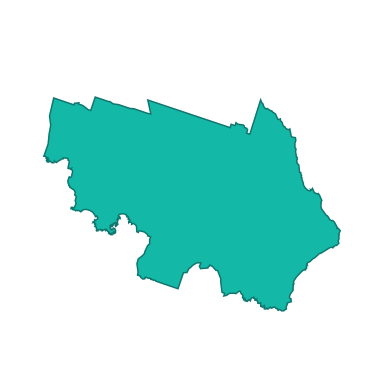 outline of Colac Otway, Victoria, Australia, rotated 280°
{"feature_id": "25037944B58594911461534", "entity_name": "Colac Otway", "entity_type": "district", "adm_level": 2, "iso_a3": "AUS", "parent_name": "Australia", "parent_adm1": "Victoria", "projection": "natural_earth1", "projection_center": [143.55, -38.439], "detail": "fine", "context": "isolated", "style": "filled", "palette": "teal", "viewbox_px": 384, "rotation_deg": 280, "n_neighbors": 0, "source": "geoboundaries", "source_scale": "gbopen_adm2", "svg_char_len": 5962}
<svg xmlns="http://www.w3.org/2000/svg" viewBox="0 0 384 384"><g transform="rotate(280 192 192)"><path d="M201.5,39.9L201.8,41.5L201.1,42.2L200.7,43.8L200.1,42.5L199.6,42.5L199.2,43.1L199.5,44.5L198.7,45.4L198.1,44.8L198.2,43.5L197.8,43.2L196.5,44.2L196.6,45.7L197.6,46.6L197.4,47.9L196.7,48.4L196.5,49.7L196.9,51.0L198.8,51.1L197.9,52.3L197.6,53.6L199.3,54.9L201.0,57.2L201.7,57.4L202.4,59.5L203.3,59.5L203.6,63.2L203.3,64.0L201.8,64.4L201.6,65.2L200.1,65.9L193.9,65.7L193.6,66.3L194.2,67.6L193.9,68.2L194.3,69.0L193.3,68.5L193.0,70.0L191.5,70.9L186.1,70.6L185.2,69.7L185.6,68.5L185.1,68.3L181.3,67.8L179.1,68.5L178.2,69.3L177.1,69.4L176.3,70.8L175.5,70.8L173.3,75.7L171.0,77.2L168.7,77.0L167.7,78.6L166.8,78.9L163.4,78.4L160.6,79.8L156.8,79.0L155.9,78.1L156.2,76.6L155.9,75.7L154.5,75.7L154.5,77.0L153.9,77.9L154.5,78.0L154.5,78.8L153.3,80.7L153.8,81.4L154.0,84.4L153.2,85.9L153.9,86.1L154.1,86.9L155.2,87.5L156.1,89.1L156.5,91.2L156.1,94.7L154.9,97.7L151.9,100.8L150.9,101.1L151.2,102.2L151.8,101.7L151.8,102.3L150.3,103.7L149.0,103.7L147.6,102.0L147.7,101.0L146.7,101.4L145.4,99.8L145.1,100.3L144.7,100.0L145.0,101.3L143.8,101.6L144.2,102.0L143.8,102.6L142.2,102.8L141.8,102.0L141.8,102.4L141.2,102.3L140.8,103.7L139.6,104.1L139.4,104.6L137.4,104.5L137.1,104.9L137.5,106.2L138.5,106.3L138.8,108.0L139.4,108.3L139.2,109.3L138.4,109.4L138.6,110.0L138.2,110.3L139.0,110.8L139.1,111.7L139.9,112.5L139.6,113.1L140.4,113.7L140.1,114.3L139.6,114.3L139.9,114.5L139.7,115.1L138.5,115.9L138.3,117.3L137.6,117.6L137.1,117.0L136.6,117.3L136.5,117.7L136.9,117.3L137.3,117.8L137.1,119.1L136.4,118.8L135.9,119.3L136.0,120.0L136.4,119.4L137.2,120.2L136.9,120.5L137.1,122.0L138.2,122.0L138.5,121.5L139.3,121.9L138.8,122.5L139.2,122.5L139.2,123.3L138.3,123.4L138.5,123.7L140.6,123.5L142.4,122.4L142.7,120.9L141.0,120.0L140.6,119.0L141.0,118.5L141.6,118.7L142.2,117.6L145.0,117.3L145.3,117.8L145.0,118.5L144.5,118.2L143.9,118.7L144.1,119.6L146.0,119.0L145.9,119.8L146.6,119.8L146.0,120.7L147.9,120.7L148.5,121.6L147.9,121.7L148.5,122.8L148.2,123.2L147.6,122.4L145.0,122.8L145.9,123.8L146.5,123.6L147.3,124.6L149.3,123.7L150.8,123.8L151.7,123.1L151.9,123.9L152.7,123.4L153.5,123.7L153.1,124.8L153.5,125.1L153.4,125.9L154.3,125.6L154.4,124.9L155.2,124.9L155.4,123.7L156.1,123.6L157.4,124.4L158.7,127.9L158.4,130.9L156.5,132.1L157.1,132.5L156.6,133.4L155.8,133.4L155.2,134.4L154.3,133.8L153.8,135.6L152.9,135.5L152.2,134.7L150.8,135.1L152.2,136.0L151.5,136.4L151.6,136.9L151.0,138.2L149.7,138.2L150.8,139.8L149.9,142.2L148.2,143.4L143.3,144.5L142.9,146.2L144.2,146.4L144.7,147.0L144.4,152.0L142.5,155.4L141.7,156.1L141.1,156.0L140.7,159.1L137.9,158.5L133.6,159.3L131.5,157.6L124.6,155.8L123.2,155.9L120.1,153.8L116.8,150.7L111.8,150.2L103.8,152.8L100.7,152.8L100.3,155.6L99.2,156.1L97.8,158.5L98.0,159.9L98.6,160.8L99.5,160.5L100.1,161.1L99.5,164.0L99.7,166.1L99.6,166.6L98.8,166.6L98.9,168.7L98.5,168.9L98.4,169.6L98.8,170.6L97.9,172.1L94.3,195.0L111.0,197.6L111.8,201.0L116.2,202.3L117.0,203.4L120.0,205.5L123.0,208.9L123.8,212.9L122.3,212.9L120.4,212.1L118.0,213.7L119.9,220.8L121.3,221.1L122.3,222.2L123.2,222.2L122.0,225.5L119.0,229.1L119.2,230.8L111.4,235.5L109.2,235.7L98.4,239.0L97.9,241.5L97.5,241.7L95.1,241.4L96.3,244.1L98.7,246.5L99.7,251.4L99.5,252.8L102.5,255.6L102.7,256.6L100.4,258.1L99.2,259.9L96.9,260.2L96.5,259.6L96.8,261.1L96.2,261.0L95.7,261.7L94.8,261.6L94.9,262.4L95.5,262.4L95.1,262.8L95.6,263.0L94.7,263.7L94.0,263.4L94.0,264.4L94.5,264.1L94.5,264.6L93.9,265.4L96.0,267.1L95.0,268.3L97.7,268.8L98.3,269.3L98.4,270.7L98.9,271.0L98.1,271.2L98.0,272.3L96.9,272.6L97.3,273.1L96.8,273.4L97.2,273.8L96.4,273.6L96.5,275.1L93.9,276.2L93.9,277.5L94.8,278.8L91.4,279.6L91.7,280.1L90.8,281.1L90.9,281.6L91.4,281.3L92.8,282.9L90.9,283.6L90.2,283.2L89.4,283.5L89.7,285.2L90.6,285.9L90.0,286.3L90.0,287.3L92.3,289.1L91.4,290.0L91.4,290.7L93.0,292.6L92.7,294.0L91.8,295.1L92.0,296.2L91.6,296.8L90.8,296.8L90.5,297.7L91.1,298.1L91.5,299.2L90.5,300.8L91.0,303.1L91.5,303.1L92.9,305.1L93.8,305.2L94.6,304.6L97.9,305.3L99.2,305.1L101.2,308.8L104.0,308.0L103.9,307.4L104.7,306.6L106.0,306.1L108.7,306.6L113.1,308.7L114.0,307.9L115.1,308.4L116.4,307.8L118.9,308.2L118.9,307.6L120.1,308.0L121.6,307.5L126.4,309.6L132.8,313.8L134.8,315.7L134.8,317.1L135.2,317.4L135.9,316.9L136.7,318.0L138.4,317.9L138.9,317.4L140.3,317.8L140.2,318.1L141.0,317.7L142.4,318.1L144.1,320.4L147.2,322.5L147.9,323.7L151.4,326.6L153.1,327.6L154.2,329.7L161.3,337.6L161.8,339.3L161.5,340.4L163.4,341.6L164.3,342.5L164.4,343.6L167.0,345.5L169.1,344.5L171.7,344.9L174.9,344.1L175.5,344.5L176.4,343.9L179.7,344.7L181.7,342.1L181.4,341.0L182.7,340.9L187.0,337.5L188.4,335.5L188.0,334.1L188.8,332.4L191.6,330.0L192.2,329.1L192.1,328.5L197.7,322.7L199.5,321.6L204.7,320.9L206.2,321.3L211.1,318.0L212.4,316.7L211.8,316.0L212.6,312.6L216.4,310.0L214.8,309.3L214.9,308.7L214.6,309.0L213.9,308.6L213.6,307.2L213.9,305.5L215.8,302.7L218.0,300.7L220.0,300.1L223.7,298.0L225.1,297.8L225.5,297.0L227.2,297.1L228.9,295.9L230.1,295.7L230.1,294.7L230.7,294.3L237.0,292.6L238.9,290.2L240.1,290.2L241.2,289.5L242.4,290.1L243.5,289.5L244.2,289.7L244.8,288.7L250.0,286.9L252.2,287.0L254.7,285.2L256.0,285.4L257.2,284.8L260.8,285.3L263.5,284.4L263.4,281.4L264.0,280.1L271.1,277.4L270.3,276.6L270.2,275.6L270.7,273.6L272.5,271.9L272.3,271.4L273.1,270.2L276.3,268.6L277.3,267.0L279.3,266.3L278.7,265.5L278.5,264.0L283.4,260.6L284.7,257.6L285.8,256.4L285.6,255.4L287.3,251.7L286.7,250.0L287.5,249.0L288.8,247.7L291.0,246.7L292.3,245.0L294.6,243.6L258.9,238.9L259.4,235.5L262.8,236.0L264.3,234.7L264.2,234.1L264.9,232.3L266.5,231.7L266.9,230.9L266.7,225.4L267.9,223.3L264.9,222.9L265.5,218.8L262.0,218.4L274.9,132.5L261.7,137.9L261.7,134.8L263.9,120.3L263.5,116.3L265.3,104.4L265.1,99.1L266.8,95.4L266.6,93.9L268.7,80.2L254.7,78.1L255.0,75.5L258.2,69.5L259.0,65.0L260.2,65.1L259.0,60.9L257.3,60.6L260.6,39.5L242.1,38.5L233.1,41.3L224.7,41.2L214.3,42.0L201.5,39.9Z" fill="#14b8a6" stroke="#0f766e" stroke-width="1.5"/></g></svg>